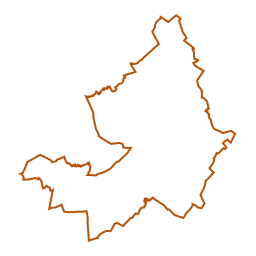 outline of Tērvetes pag., Tervetes, Latvia
{"feature_id": "27541924B26561514973338", "entity_name": "Tērvetes pag.", "entity_type": "district", "adm_level": 2, "iso_a3": "LVA", "parent_name": "Latvia", "parent_adm1": "Tervetes", "projection": "orthographic", "projection_center": [23.319, 56.485], "detail": "fine", "context": "isolated", "style": "outline", "palette": "amber", "viewbox_px": 256, "rotation_deg": 0, "n_neighbors": 0, "source": "geoboundaries", "source_scale": "gbopen_adm2", "svg_char_len": 5621}
<svg xmlns="http://www.w3.org/2000/svg" viewBox="0 0 256 256"><path d="M20.8,173.8L22.1,174.3L23.6,177.2L23.6,178.7L23.4,179.7L30.6,179.2L35.3,178.0L38.2,179.1L38.6,178.3L38.7,178.5L38.7,178.9L38.9,179.0L39.2,178.4L39.5,178.4L41.0,180.5L41.9,183.2L42.9,188.2L43.7,188.3L44.3,188.1L45.7,186.6L46.4,185.9L46.7,185.8L48.0,187.0L49.8,187.7L50.3,190.6L51.0,190.6L51.8,190.7L52.8,190.0L52.3,192.8L51.0,199.2L49.3,208.6L49.2,208.7L49.2,209.0L51.7,207.8L55.7,207.4L61.5,204.8L63.1,209.0L64.2,211.7L69.1,212.2L79.2,211.7L81.6,211.7L86.6,211.3L87.3,215.3L87.8,218.8L87.6,223.1L88.7,237.8L88.8,240.6L96.6,238.1L97.8,238.1L97.9,236.8L100.3,234.0L103.5,232.2L106.4,231.0L110.2,231.1L111.1,230.5L114.5,223.9L116.2,223.0L117.1,223.0L118.0,223.3L122.8,225.9L123.3,225.8L124.5,224.4L125.1,223.8L125.5,223.2L126.3,222.5L130.6,218.0L131.2,217.7L132.3,217.8L134.4,214.8L135.8,213.5L137.9,214.0L138.2,213.9L140.0,209.7L140.9,208.3L142.1,207.6L144.0,207.5L144.1,207.0L144.4,206.5L144.4,206.0L144.6,205.8L145.1,205.7L145.2,205.2L145.4,205.1L145.5,204.7L145.7,204.4L145.6,204.1L145.8,203.9L146.2,202.9L146.1,202.5L145.6,202.6L145.6,202.4L144.7,201.9L144.8,201.7L145.1,201.7L145.3,201.3L144.4,201.2L144.2,200.8L144.3,200.5L144.6,200.3L145.1,200.4L145.3,200.7L145.7,199.6L144.8,199.0L144.8,198.7L145.0,198.6L145.9,198.5L146.1,198.9L146.4,199.0L146.6,199.3L146.7,198.7L147.2,198.8L147.5,199.1L147.3,199.6L147.1,199.8L147.5,199.6L147.0,200.3L148.3,200.6L149.1,200.5L149.6,199.9L149.7,200.0L149.8,200.3L150.3,200.1L151.2,199.0L151.2,198.7L151.4,198.5L152.3,198.2L152.5,198.1L152.7,197.6L152.8,197.6L153.1,197.8L153.3,198.2L155.2,199.7L164.1,205.4L166.5,208.5L167.7,209.7L169.0,209.4L174.7,215.1L183.2,217.9L183.3,217.9L184.1,216.9L186.4,212.9L186.9,212.8L188.8,210.5L191.2,207.9L192.6,205.4L192.8,204.7L192.7,204.2L196.0,205.7L196.5,206.0L197.4,207.0L198.4,207.6L201.8,208.2L204.4,203.4L200.5,195.0L204.5,186.8L205.8,180.5L207.6,179.2L213.7,172.5L209.5,168.3L209.5,168.1L213.1,163.2L214.4,159.3L213.7,158.3L215.4,156.4L216.6,153.1L218.3,153.5L222.3,149.5L223.4,148.2L224.9,149.1L226.4,147.5L223.0,143.1L224.3,141.7L227.5,139.6L228.9,141.2L230.6,142.6L235.2,133.9L231.4,131.0L228.1,131.6L222.8,133.2L221.1,131.9L215.0,129.4L213.5,128.1L212.1,125.2L211.6,123.8L210.7,119.8L209.3,117.7L208.9,116.8L208.7,116.1L208.8,115.4L209.2,114.3L208.1,113.6L207.5,112.4L207.5,111.5L206.2,111.7L205.4,111.0L208.1,108.2L208.7,108.8L208.8,108.7L208.5,108.0L207.3,102.4L206.9,101.4L206.3,100.6L204.1,98.4L202.9,97.7L201.8,97.7L201.9,95.2L202.0,92.9L201.5,92.0L202.1,91.1L198.0,85.2L197.2,80.4L203.6,70.8L196.0,66.4L195.1,65.7L193.3,63.0L197.4,61.0L198.1,60.3L197.1,59.5L194.4,58.9L193.8,51.4L193.2,51.1L192.9,50.1L192.6,49.7L192.6,49.2L193.1,49.6L193.6,49.4L193.9,49.0L193.7,48.0L184.1,40.5L184.7,39.6L186.5,38.2L185.0,35.4L182.7,32.0L179.8,22.8L179.4,21.8L179.2,20.7L180.6,18.7L176.2,15.4L175.0,16.2L168.3,22.0L160.6,16.9L160.5,18.3L160.2,18.8L156.5,21.9L155.1,24.8L155.0,25.1L155.0,27.1L152.3,31.6L154.3,35.8L156.7,40.0L158.8,44.2L155.3,47.1L148.6,53.1L144.4,56.9L142.1,59.2L141.0,60.3L139.8,60.7L139.0,61.3L137.4,63.2L135.1,63.9L133.1,64.0L131.6,63.2L130.5,63.6L131.5,65.6L135.5,71.9L132.4,72.9L126.8,74.4L126.8,74.5L124.0,75.4L124.4,76.3L125.2,76.5L125.2,77.8L124.2,77.9L123.4,78.3L123.4,78.5L123.5,80.0L123.3,80.6L122.9,81.5L122.0,83.0L121.1,83.5L119.8,83.7L119.1,84.0L118.1,84.8L117.4,86.0L115.4,86.9L115.2,87.4L115.4,87.8L116.2,88.4L116.3,88.9L116.4,89.4L115.6,90.4L113.6,91.5L112.2,91.1L111.8,90.8L111.6,90.0L110.9,89.4L110.4,87.9L110.0,87.2L109.3,86.5L108.5,86.7L107.3,86.7L107.2,87.0L107.2,87.3L107.8,87.8L108.0,88.0L107.9,88.2L107.1,88.8L106.6,88.9L104.6,88.2L103.4,88.3L103.3,88.5L103.8,88.9L104.2,89.3L104.1,89.8L103.4,89.8L102.7,89.5L101.4,90.9L100.9,91.6L100.5,92.0L100.4,92.4L100.6,92.6L100.5,92.9L100.3,93.0L100.0,92.8L99.9,92.4L99.5,92.3L99.3,92.5L99.5,93.3L99.3,93.7L99.3,94.1L99.0,94.3L98.1,94.1L97.5,92.8L97.2,92.3L96.2,91.5L96.0,91.9L96.3,92.4L96.3,92.7L94.8,94.2L94.0,94.4L93.7,94.7L93.5,95.1L93.5,95.8L93.4,95.9L92.5,96.0L92.3,95.7L92.0,95.6L91.6,95.8L91.5,96.2L90.1,96.6L89.6,97.1L89.3,97.2L88.9,96.9L88.6,96.4L87.9,96.5L87.5,97.2L87.3,97.2L86.1,96.6L87.0,98.5L93.0,112.0L93.3,113.9L93.3,116.5L93.6,118.5L95.7,127.8L96.3,129.8L97.6,132.2L98.3,133.7L99.1,136.4L107.8,142.1L111.3,143.9L118.9,143.0L119.9,143.0L122.6,144.1L123.4,147.6L127.6,147.9L130.9,147.9L127.7,152.6L126.4,154.1L121.6,158.4L119.2,161.1L118.7,161.4L116.2,162.1L112.6,166.4L110.3,168.7L109.4,169.3L108.2,170.1L108.1,169.9L104.7,171.9L97.5,174.1L97.0,174.5L95.9,175.5L91.7,175.1L87.5,175.0L88.5,173.9L88.3,172.7L89.4,171.7L89.6,171.2L89.7,169.9L90.2,168.5L90.2,167.9L90.5,167.4L89.1,163.2L88.9,163.6L88.8,163.1L88.3,163.0L88.3,163.3L87.7,163.3L87.6,163.5L87.9,163.7L87.8,163.8L87.3,163.9L86.8,164.2L86.3,164.2L85.5,164.6L84.2,165.0L83.8,165.2L82.8,165.2L82.7,165.3L82.6,165.5L82.1,165.7L82.0,166.0L81.4,166.0L80.8,166.5L80.3,165.8L79.8,166.2L79.5,166.0L78.6,166.3L78.5,166.1L78.7,165.7L79.1,165.5L79.3,165.2L79.1,165.1L78.8,165.3L78.8,164.9L78.4,164.8L78.4,165.1L77.9,165.0L77.7,165.1L77.9,165.3L77.5,165.5L76.3,166.3L75.9,165.7L75.9,166.0L75.3,166.3L75.1,165.9L75.3,165.5L75.5,165.3L75.3,164.8L75.0,164.5L74.7,164.6L74.6,165.0L74.4,165.1L74.2,164.8L73.8,164.8L73.7,165.1L74.1,165.6L74.1,165.8L73.1,166.1L72.7,165.7L72.4,166.0L72.0,166.3L71.5,165.8L71.0,164.8L70.6,164.7L70.4,164.5L69.7,164.3L69.6,164.0L69.5,163.5L69.3,163.2L68.5,163.1L67.6,163.6L67.3,163.4L66.1,161.5L65.2,159.6L64.3,156.8L57.5,159.6L57.0,159.6L56.3,160.9L55.4,161.4L51.8,162.1L50.9,160.2L40.2,154.8L27.4,162.0L24.2,170.1L23.6,171.0L22.3,173.4L20.8,173.8Z" fill="none" stroke="#b45309" stroke-width="2"/></svg>